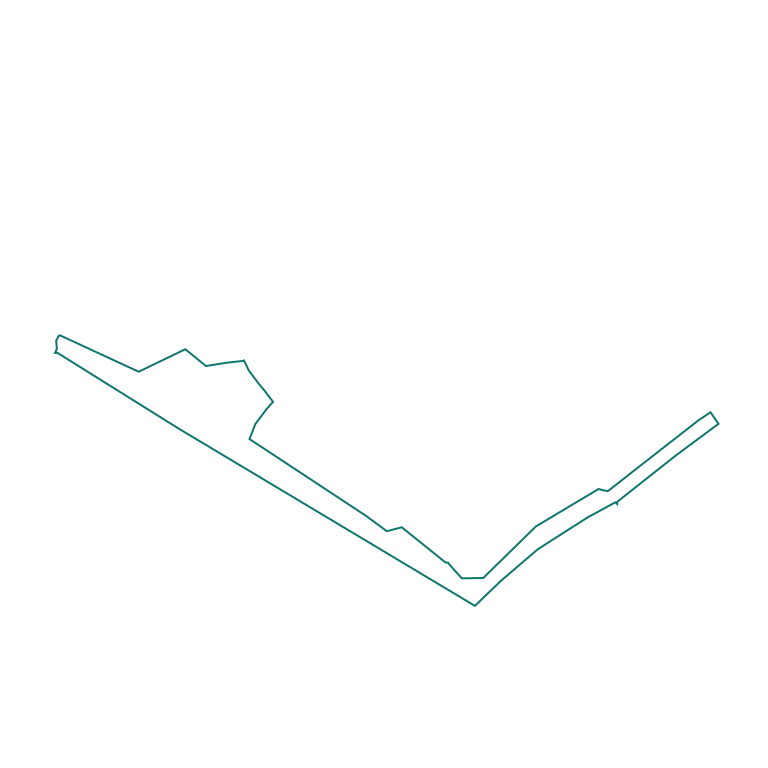 outline of John Compton Highway, Castries, Saint Lucia, rotated 228°
{"feature_id": "8701671B24659660179823", "entity_name": "John Compton Highway", "entity_type": "district", "adm_level": 2, "iso_a3": "LCA", "parent_name": "Saint Lucia", "parent_adm1": "Castries", "projection": "robinson", "projection_center": [-60.989, 14.019], "detail": "fine", "context": "isolated", "style": "outline", "palette": "teal", "viewbox_px": 768, "rotation_deg": 228, "n_neighbors": 0, "source": "geoboundaries", "source_scale": "gbopen_adm2", "svg_char_len": 934}
<svg xmlns="http://www.w3.org/2000/svg" viewBox="0 0 768 768"><g transform="rotate(228 384 384)"><path d="M130.6,605.9L143.6,607.6L144.6,607.6L146.6,593.2L151.7,520.9L154.6,478.5L159.5,475.1L162.4,473.2L168.9,440.3L176.5,401.5L174.1,343.4L173.4,328.0L187.5,311.8L206.4,311.8L208.3,312.1L209.0,311.4L210.1,310.3L255.8,302.9L265.7,301.3L266.3,300.0L272.7,287.6L298.1,282.4L311.9,278.8L318.0,277.2L433.1,247.2L440.4,261.7L444.0,280.3L444.5,285.1L444.9,289.6L446.1,289.7L449.9,290.0L452.7,290.2L459.7,290.8L467.8,291.1L484.3,292.5L488.5,293.8L495.2,295.7L495.6,294.5L504.9,281.6L516.5,263.7L542.8,259.6L557.3,209.9L637.1,175.7L637.4,174.4L637.0,173.6L635.6,169.4L629.5,164.8L628.4,163.2L627.3,160.4L625.5,162.2L487.8,201.7L158.3,303.1L159.5,339.2L158.3,387.8L148.6,446.1L141.3,476.7L138.8,477.0L139.6,477.8L140.4,478.5L136.8,534.7L135.7,552.0L133.8,572.4L132.0,591.0L130.6,605.9Z" fill="none" stroke="#0f766e" stroke-width="2"/></g></svg>